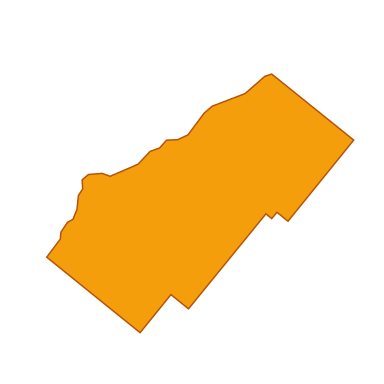 the district of Jerome, Idaho, United States of America, rotated 129°
{"feature_id": "52423323B77549973511712", "entity_name": "Jerome", "entity_type": "district", "adm_level": 2, "iso_a3": "USA", "parent_name": "United States of America", "parent_adm1": "Idaho", "projection": "natural_earth1", "projection_center": [-114.264, 42.673], "detail": "fine", "context": "isolated", "style": "filled", "palette": "amber", "viewbox_px": 384, "rotation_deg": 129, "n_neighbors": 0, "source": "geoboundaries", "source_scale": "gbopen_adm2", "svg_char_len": 557}
<svg xmlns="http://www.w3.org/2000/svg" viewBox="0 0 384 384"><g transform="rotate(129 192 192)"><path d="M59.5,99.0L49.9,99.0L50.2,204.3L56.3,208.2L82.1,212.7L112.6,230.3L123.0,232.2L150.2,231.1L160.4,236.1L167.7,244.4L178.3,244.9L186.7,250.1L204.3,251.4L231.3,265.5L234.1,273.6L243.6,283.5L251.7,285.0L258.4,278.9L266.1,278.1L278.0,270.4L288.2,267.3L293.8,269.7L305.6,268.6L311.5,264.7L334.1,263.9L334.0,143.8L285.0,143.8L285.0,121.2L162.5,120.8L162.5,113.3L154.3,113.2L154.3,99.0L59.5,99.0Z" fill="#f59e0b" stroke="#b45309" stroke-width="1.5"/></g></svg>